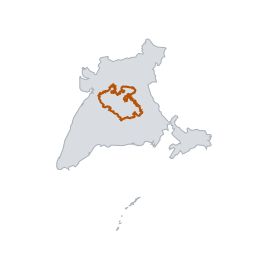 where Madhya Pradesh sits in India, rotated 41°
{"feature_id": "IND-3261", "entity_name": "Madhya Pradesh", "entity_type": "State", "adm_level": 1, "iso_a3": "IND", "parent_name": "India", "parent_adm1": "", "projection": "robinson", "projection_center": [78.282, 23.967], "detail": "fine", "context": "in_parent", "style": "outline", "palette": "amber", "viewbox_px": 256, "rotation_deg": 41, "n_neighbors": 0, "source": "natural_earth", "source_scale": "10m", "svg_char_len": 9225}
<svg xmlns="http://www.w3.org/2000/svg" viewBox="0 0 256 256"><g transform="rotate(41 128 128)"><path d="M54.1,111.8L57.0,111.2L57.3,109.1L62.5,110.0L66.0,108.5L67.2,109.6L68.9,108.6L67.0,101.1L65.0,100.9L64.2,99.7L64.5,96.1L61.3,94.7L61.5,92.5L66.0,87.1L67.9,89.0L73.4,87.5L75.8,82.8L78.6,81.2L81.1,75.9L83.3,74.9L83.8,72.9L87.5,69.3L86.9,68.4L87.1,64.7L91.0,62.4L90.5,61.4L87.8,60.7L87.7,59.1L86.2,59.1L86.0,57.8L84.5,56.6L85.2,54.7L84.4,53.4L85.8,52.1L84.1,51.3L84.4,50.4L83.5,49.6L84.4,47.9L86.1,47.3L93.0,48.8L97.4,47.4L103.3,43.0L104.5,43.0L104.4,44.4L105.9,48.2L109.1,50.0L107.9,51.7L108.3,54.8L109.9,56.7L110.4,60.7L108.9,61.5L107.8,60.1L106.2,60.6L108.0,63.9L108.0,67.6L109.8,67.2L111.8,69.6L115.1,70.8L115.3,72.1L119.4,74.5L116.4,77.1L114.7,82.4L123.7,88.1L127.9,89.2L128.2,90.1L131.0,91.0L135.1,90.3L137.7,91.4L138.1,93.0L140.9,94.7L142.6,94.2L143.8,95.6L154.9,96.9L155.7,94.8L154.8,92.4L155.5,87.6L157.6,86.7L158.8,87.3L158.6,90.1L159.3,91.3L158.6,92.2L160.7,94.3L163.8,95.0L166.8,93.9L168.8,94.6L175.1,94.1L175.5,91.5L173.0,89.9L173.1,88.7L177.7,88.0L181.1,83.6L183.7,83.0L187.9,79.5L191.8,81.2L194.9,78.7L196.6,79.9L195.5,80.9L195.6,81.8L197.0,81.1L197.8,82.8L196.4,84.9L198.0,84.6L201.7,86.0L201.9,87.7L199.6,89.7L200.9,92.5L199.0,91.3L196.2,91.7L191.0,95.6L191.2,98.9L188.5,103.2L189.2,104.8L186.5,111.7L182.4,110.6L182.7,116.1L181.7,116.7L181.7,121.4L180.5,122.9L179.5,122.0L178.8,122.9L176.9,112.8L175.3,112.8L173.8,117.0L172.8,115.7L172.2,116.3L171.4,113.4L172.4,110.4L175.0,109.8L176.1,108.6L176.7,105.8L177.9,105.4L175.7,104.0L167.5,104.1L164.4,103.3L164.3,99.5L163.4,97.9L162.9,99.1L162.0,99.1L160.1,96.7L159.2,97.6L156.8,95.8L157.2,96.9L155.4,99.8L159.9,103.5L157.4,103.9L155.3,107.3L158.9,109.3L158.2,112.9L159.0,115.4L160.0,115.8L160.8,124.8L159.8,124.3L159.3,125.3L158.7,122.1L158.4,124.8L156.9,124.2L156.1,125.0L156.4,122.0L155.1,120.6L156.2,122.1L155.2,123.8L150.9,125.8L149.6,127.3L150.3,130.5L149.2,132.8L147.3,134.6L146.6,134.3L146.5,135.3L143.2,136.5L142.8,135.3L141.5,136.1L141.2,137.0L142.5,136.8L139.1,139.8L135.7,144.7L126.7,151.8L126.2,155.0L123.7,156.4L121.2,156.3L119.6,159.7L117.9,158.9L116.1,160.0L114.9,163.8L116.2,173.2L115.4,171.8L114.9,172.5L116.4,173.9L113.0,186.0L113.9,186.7L113.8,191.9L111.1,192.3L109.1,196.4L109.6,197.8L111.6,198.6L109.3,198.1L106.4,199.1L105.2,200.4L104.6,203.4L101.7,205.2L99.4,203.8L96.7,200.3L95.5,197.1L95.1,194.2L96.2,196.6L95.6,194.3L92.4,185.8L88.4,178.6L85.5,167.2L83.3,163.8L82.7,160.3L81.9,160.0L80.2,155.6L77.9,142.7L78.6,140.4L78.4,139.6L77.7,140.7L77.5,140.1L77.6,138.8L78.5,138.9L77.5,138.4L76.9,135.6L78.1,130.7L76.7,126.5L77.3,125.9L76.7,126.0L79.3,124.3L76.3,124.6L77.2,123.0L76.2,122.9L76.4,121.9L77.7,121.4L74.5,121.2L75.0,122.3L73.8,123.8L74.9,125.6L73.6,127.8L68.5,130.3L65.7,129.7L58.1,121.1L58.5,120.2L59.7,121.1L64.3,119.4L65.9,116.4L61.7,118.3L59.5,117.8L56.5,115.8L55.4,113.5L57.3,111.8L54.5,113.4L54.1,111.8ZM180.7,184.7L179.7,182.7L181.0,180.6L181.3,173.9L182.3,172.8L181.5,176.4L182.0,178.8L181.4,179.4L180.7,184.7ZM186.7,210.2L186.8,213.0L185.9,211.5L186.7,210.2ZM179.7,190.5L179.0,190.6L178.9,189.4L179.7,188.5L179.7,190.5ZM184.3,205.5L184.3,206.4L184.1,205.6L184.3,205.5ZM185.1,204.4L184.9,205.5L185.0,204.3L185.1,204.4ZM186.0,209.1L185.8,210.0L185.5,209.7L186.0,209.1ZM181.3,198.7L180.9,198.7L181.1,198.3L181.3,198.7ZM180.6,185.1L180.1,185.6L180.3,184.9L180.6,185.1ZM182.2,181.8L182.5,182.6L181.9,182.0L182.2,181.8ZM183.1,204.2L182.7,204.0L182.9,203.6L183.1,204.2ZM180.6,176.4L180.4,177.2L180.5,176.3L180.6,176.4Z" fill="#d9dde1" stroke="#a8b0b8" stroke-width="1"/><path d="M105.9,94.0L107.1,94.6L107.9,94.4L107.9,94.5L108.1,94.5L108.3,94.6L108.6,95.0L109.0,95.0L109.1,95.6L109.6,96.4L109.6,96.9L109.7,97.1L109.4,97.4L109.0,97.6L109.1,98.0L108.9,98.3L109.1,98.5L108.4,100.1L108.0,100.4L108.0,100.7L108.1,101.2L107.1,101.7L106.2,101.8L106.0,102.3L105.6,102.7L106.1,103.9L105.9,105.0L105.1,105.8L105.4,106.3L105.7,107.3L105.4,107.9L105.7,108.3L106.1,108.6L106.0,108.9L106.1,109.1L106.4,109.1L106.6,108.6L106.8,108.5L107.6,109.2L108.1,109.3L108.2,109.6L108.4,109.7L109.2,108.5L109.3,108.2L108.9,108.1L109.0,107.8L108.7,107.3L108.5,107.1L108.0,107.2L107.9,107.1L108.0,106.7L108.0,105.9L107.6,105.4L107.4,104.4L107.2,103.8L106.9,103.4L107.2,102.9L107.2,102.6L107.6,102.6L108.0,103.0L108.1,102.5L107.9,102.3L108.0,102.1L108.3,101.9L108.3,102.5L108.5,102.6L108.6,102.1L108.8,101.9L108.9,102.1L108.9,102.4L109.1,102.4L109.2,102.5L109.0,103.3L108.7,103.6L108.7,104.0L109.3,103.6L109.4,103.4L109.6,103.5L109.4,103.8L109.5,104.0L109.9,103.9L110.0,104.2L110.8,104.1L110.8,103.9L110.7,103.3L110.9,102.9L111.0,103.0L110.8,103.4L110.9,103.6L111.2,103.4L111.6,103.3L111.1,104.2L111.0,104.5L111.4,104.6L111.4,104.2L111.6,104.2L111.7,104.4L111.8,104.4L112.2,104.0L112.7,104.2L113.3,104.1L113.4,104.3L113.8,104.1L113.6,103.7L114.0,103.5L114.9,102.9L115.1,103.0L115.4,102.6L115.8,102.6L116.0,102.8L116.1,103.3L116.5,103.6L116.6,103.9L116.0,104.5L115.8,104.5L115.8,104.8L116.0,105.0L116.5,105.0L116.5,104.7L116.7,104.9L116.9,104.9L117.1,104.8L116.8,104.6L116.8,104.4L117.2,104.4L117.3,104.1L117.7,104.6L118.1,104.6L118.1,104.4L117.8,104.2L118.4,104.1L118.5,103.8L118.8,103.9L118.3,105.1L118.5,105.2L119.0,105.1L119.2,105.3L119.6,105.2L120.0,105.6L120.2,105.4L120.5,105.3L120.4,105.0L120.7,104.5L120.8,104.0L121.4,104.1L121.4,104.4L121.7,104.4L121.9,104.3L121.7,104.1L122.3,103.9L122.5,104.5L123.1,104.7L123.4,104.9L123.8,104.9L124.0,105.2L124.0,105.5L124.4,105.8L124.8,105.9L125.2,106.2L125.7,106.0L125.7,106.4L125.8,106.5L126.0,106.3L126.0,106.7L126.3,106.9L126.2,107.2L126.7,107.2L126.8,106.7L127.7,106.9L128.2,106.7L128.3,106.9L128.6,107.0L128.8,107.5L128.7,107.6L128.4,107.7L128.4,108.4L128.5,108.6L128.5,109.0L128.4,109.7L128.1,109.9L128.4,110.3L128.4,110.6L128.7,111.0L128.6,111.3L128.1,111.6L127.9,111.9L127.2,112.3L125.1,112.1L124.7,111.9L124.3,111.9L123.7,112.2L123.0,111.6L122.7,111.8L123.1,112.7L122.9,113.0L122.7,113.2L122.6,113.6L122.8,114.0L123.4,113.7L124.3,114.0L124.9,114.7L125.3,114.7L125.6,115.1L125.5,116.0L125.3,116.3L125.1,116.3L124.4,116.6L124.4,117.2L123.6,117.9L123.5,118.9L123.0,119.2L122.9,119.5L122.4,119.7L121.7,120.2L121.4,119.9L120.8,120.2L120.6,120.0L120.4,120.0L120.2,120.4L120.2,121.1L119.8,121.6L119.7,122.0L119.6,122.4L119.5,122.5L119.3,122.2L119.1,122.3L118.8,123.1L118.7,124.0L118.3,124.3L118.2,125.9L118.0,126.6L117.7,126.8L117.0,126.3L116.6,126.4L116.6,126.1L116.6,125.9L116.2,125.6L116.1,125.3L115.5,124.9L114.5,125.5L114.3,125.4L113.7,125.6L113.5,125.3L113.3,125.2L112.8,125.3L112.3,125.5L112.1,125.1L111.9,124.8L110.7,124.5L110.5,124.8L109.1,125.2L109.0,125.3L109.0,125.6L108.4,125.8L107.5,125.9L106.8,125.6L106.5,125.7L106.4,125.1L106.1,125.0L105.9,125.2L105.3,125.5L104.7,126.0L103.8,126.3L103.2,126.2L102.7,126.5L102.4,126.4L102.1,126.4L101.8,126.2L101.7,126.4L101.4,125.8L101.4,125.6L102.1,125.5L102.0,124.5L101.6,124.2L100.9,124.1L100.3,124.6L100.1,124.4L99.7,124.4L99.3,124.6L98.7,125.1L98.2,125.2L98.0,125.9L97.7,126.3L97.3,126.7L97.4,127.2L97.2,127.5L96.6,127.7L96.1,128.1L95.5,128.3L94.9,128.2L94.6,127.8L94.6,127.7L94.8,127.6L94.7,127.1L94.5,126.5L93.4,126.4L91.6,126.5L90.0,126.3L89.6,126.1L89.3,125.6L89.0,125.3L88.2,125.1L87.4,125.1L86.5,124.5L86.3,124.0L86.3,123.1L85.9,122.7L85.1,123.2L84.5,123.1L84.5,122.4L84.2,121.6L84.1,120.9L84.3,120.7L84.5,120.9L84.8,120.8L85.1,120.5L84.8,120.3L84.3,120.3L84.0,120.0L84.0,119.8L84.6,119.8L85.2,119.2L85.7,119.0L86.2,117.9L86.0,117.6L85.7,117.6L85.5,116.7L85.8,116.5L86.3,116.5L87.5,115.9L87.2,115.5L86.6,115.4L86.5,115.2L86.8,114.7L87.1,114.4L88.2,113.8L88.6,112.9L88.5,111.8L88.8,110.7L88.5,110.3L88.3,109.6L88.1,109.4L87.6,109.4L87.8,108.8L88.2,108.4L88.2,108.2L87.6,108.0L87.5,107.9L87.9,107.0L87.8,106.6L87.9,106.3L88.0,106.7L88.4,107.0L88.8,106.9L88.9,106.4L88.2,106.2L88.1,105.5L88.3,105.5L89.0,105.9L89.3,105.7L89.5,105.7L89.5,105.2L89.7,104.8L90.6,104.7L90.5,105.1L90.6,105.4L90.3,105.4L90.3,105.6L90.5,105.7L91.0,105.6L90.8,106.0L90.5,106.0L90.0,105.7L90.1,106.1L89.9,106.4L90.0,106.6L91.3,106.8L92.3,106.6L92.8,106.4L93.1,106.7L93.1,107.0L93.4,107.4L93.5,108.0L93.3,108.2L92.9,108.0L92.7,108.5L92.8,108.9L93.1,109.2L92.8,109.9L93.1,110.4L92.7,111.0L92.5,110.8L92.2,111.0L91.7,110.7L91.5,111.0L91.5,111.4L91.9,111.7L92.0,112.0L92.5,112.2L92.7,111.8L92.7,111.5L93.0,111.7L94.0,111.2L94.0,110.7L94.7,110.2L94.7,109.1L95.0,108.9L95.1,109.1L95.2,109.3L96.4,109.4L96.7,109.7L96.9,109.7L97.1,109.3L97.5,109.1L97.4,109.5L97.5,109.6L98.0,110.0L98.5,109.9L98.6,109.6L98.3,109.0L98.2,107.6L98.6,107.6L98.7,108.0L98.8,108.0L99.4,107.8L99.5,107.5L99.3,106.8L99.0,106.6L98.4,106.5L98.1,106.1L98.1,105.9L98.6,105.7L98.4,105.0L98.5,104.8L99.2,104.5L100.2,104.3L100.9,104.4L101.1,104.2L101.2,103.8L101.0,103.4L101.1,103.1L100.9,102.9L101.0,102.6L100.9,102.4L100.6,102.4L100.4,102.6L100.1,103.0L99.7,102.9L98.8,103.2L98.5,103.0L98.0,103.1L97.7,102.8L97.4,102.8L97.2,102.5L96.9,102.3L96.8,101.8L96.6,100.8L96.7,100.6L96.8,100.2L97.4,99.6L97.9,99.6L98.7,98.5L99.2,98.3L99.3,98.1L99.6,98.0L99.8,97.7L100.3,97.7L100.9,97.0L101.3,97.0L101.5,96.7L101.8,96.7L102.3,96.3L102.8,96.1L103.4,95.7L103.7,95.4L103.8,95.2L104.3,95.0L104.7,95.1L104.8,94.4L105.1,94.5L105.1,94.3L105.6,94.3L105.7,94.1L105.9,94.0Z" fill="none" stroke="#b45309" stroke-width="2"/></g></svg>